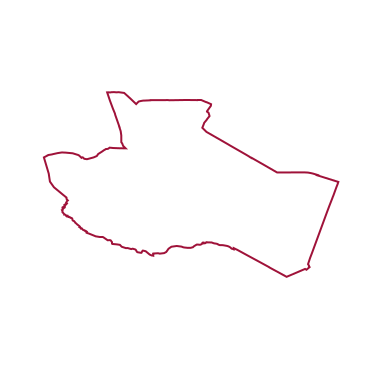 Jaunbērzes pag., Dobele, Latvia, rotated 37°
{"feature_id": "27541924B28590745616042", "entity_name": "Jaunbērzes pag.", "entity_type": "district", "adm_level": 2, "iso_a3": "LVA", "parent_name": "Latvia", "parent_adm1": "Dobele", "projection": "robinson", "projection_center": [23.387, 56.756], "detail": "fine", "context": "isolated", "style": "outline", "palette": "rose", "viewbox_px": 384, "rotation_deg": 37, "n_neighbors": 0, "source": "geoboundaries", "source_scale": "gbopen_adm2", "svg_char_len": 5416}
<svg xmlns="http://www.w3.org/2000/svg" viewBox="0 0 384 384"><g transform="rotate(37 192 192)"><path d="M52.9,253.5L66.6,263.6L67.9,264.9L68.0,265.0L72.3,269.2L76.4,270.5L78.9,271.3L90.0,271.8L95.1,272.0L95.9,273.0L97.9,273.5L97.7,274.0L97.6,274.4L97.6,274.8L97.9,275.4L97.9,275.9L97.9,276.3L98.1,276.4L98.3,276.3L98.5,276.3L98.6,276.5L98.8,276.5L98.7,276.8L98.8,276.9L99.0,276.9L99.0,277.0L98.8,277.3L98.9,277.6L98.8,277.9L98.8,278.0L98.4,278.1L98.5,278.5L98.4,278.6L98.1,278.7L98.1,278.8L98.3,278.9L98.3,279.0L98.1,279.2L98.3,279.3L98.6,279.3L98.7,279.5L98.6,279.9L98.8,279.9L98.8,280.1L99.2,280.2L99.4,280.4L99.4,280.5L99.6,280.8L99.6,281.1L99.3,281.2L99.2,281.3L99.3,281.5L99.2,281.7L99.2,281.8L98.4,281.7L98.2,281.7L98.1,281.8L98.3,282.0L98.1,282.3L98.3,282.4L98.5,282.3L98.9,282.4L99.1,282.5L99.1,282.9L98.8,283.4L98.8,283.5L99.0,283.6L99.3,283.8L99.4,284.0L99.5,284.2L99.4,284.3L99.5,284.5L99.4,284.7L99.3,284.8L100.1,285.2L100.2,285.3L100.4,285.8L100.7,286.1L100.9,286.2L101.1,286.2L101.8,286.2L102.6,286.5L103.0,286.5L103.5,286.9L103.7,286.6L103.8,286.5L104.0,286.5L104.5,286.5L104.9,286.4L105.2,286.5L105.5,286.7L105.7,286.8L106.0,286.8L105.9,286.6L106.2,286.3L106.5,286.2L106.7,285.9L106.9,285.8L107.0,285.9L107.0,286.1L107.2,286.3L107.4,286.3L107.6,286.3L107.9,286.1L108.1,286.1L108.3,286.2L108.4,286.3L108.6,286.2L108.4,286.0L108.5,285.9L108.8,285.8L109.3,285.9L109.5,285.8L109.7,285.6L109.8,285.6L110.2,285.7L110.6,285.6L110.9,285.6L111.2,285.3L111.7,285.2L111.9,285.2L112.5,285.4L112.9,285.8L113.6,286.4L113.9,286.5L114.6,286.4L115.4,286.2L115.7,286.3L116.6,286.5L117.3,286.8L118.4,286.8L119.8,287.0L120.6,287.0L121.6,287.0L122.2,287.0L122.8,287.1L123.3,287.1L123.8,287.3L124.0,287.5L123.8,287.8L124.1,287.8L124.6,287.7L125.1,287.8L125.2,288.0L125.3,288.1L125.5,288.0L125.5,287.9L125.7,287.7L125.8,287.4L126.1,287.4L126.7,287.6L127.0,287.6L127.5,287.8L128.0,287.8L128.5,287.7L128.8,287.4L129.2,287.3L129.4,287.3L129.9,287.2L129.9,287.3L130.1,287.3L130.2,287.5L130.4,287.5L131.1,287.3L131.4,287.2L131.5,287.0L132.0,287.0L132.1,287.6L132.0,287.8L132.2,288.0L132.5,287.9L132.9,287.9L134.1,287.4L140.8,285.6L141.3,285.5L141.7,285.4L145.5,283.4L147.6,281.8L147.7,281.7L148.0,281.6L148.6,281.5L153.7,281.3L155.2,280.0L156.0,279.6L156.4,279.6L158.1,280.2L158.3,280.2L159.2,281.4L159.7,281.4L163.6,279.0L166.2,277.6L168.7,278.0L168.9,278.0L169.2,277.9L173.0,276.6L174.3,275.5L177.2,274.4L177.7,274.2L177.9,274.1L178.6,273.1L178.9,272.9L180.0,272.5L181.0,272.1L181.8,272.0L182.7,272.3L183.6,272.8L184.0,272.9L184.3,272.9L184.6,272.9L184.9,272.8L188.0,271.2L188.2,270.9L188.1,270.4L187.9,269.1L187.9,268.5L188.1,268.3L190.6,267.2L191.0,267.2L195.2,267.4L196.1,267.4L198.1,266.9L198.3,266.7L199.4,266.2L198.1,264.7L198.6,264.3L198.5,264.1L201.8,261.3L203.4,260.6L203.8,260.2L206.5,257.6L207.4,255.7L207.5,255.5L207.5,253.9L207.4,251.6L207.6,250.8L208.5,248.1L212.1,244.5L212.3,244.3L216.0,242.2L216.8,241.8L217.5,241.7L218.0,241.5L219.0,241.1L220.5,240.2L222.5,239.0L223.0,238.5L223.6,238.1L224.3,237.6L225.0,236.8L225.9,235.6L226.0,235.5L226.2,234.2L226.3,233.9L227.4,231.2L227.7,231.0L228.2,230.5L229.1,230.0L229.9,229.5L230.6,228.8L230.8,228.3L231.2,227.3L231.4,226.9L231.0,226.6L230.9,226.4L231.0,226.0L231.7,225.4L231.8,225.5L231.9,225.4L232.6,225.7L232.8,225.4L233.2,225.1L233.6,224.6L233.6,224.4L233.6,223.6L234.1,223.1L234.8,222.9L235.3,222.5L238.0,220.5L240.1,219.9L240.5,219.7L241.2,219.4L242.0,218.9L242.7,218.6L243.3,218.3L244.4,218.1L244.6,218.2L245.9,217.8L246.5,217.5L248.2,216.2L249.2,215.6L252.4,214.0L253.8,213.5L254.9,213.3L256.1,213.2L256.8,213.3L257.5,213.4L258.1,213.3L258.6,213.0L258.9,212.9L259.8,212.7L259.1,211.7L262.3,211.1L262.6,211.0L273.5,209.4L287.4,207.3L298.9,205.6L299.0,205.7L318.6,202.8L328.6,185.4L330.2,185.2L331.1,181.2L330.8,181.1L330.6,181.1L330.2,181.0L330.0,180.9L329.8,180.6L329.7,180.4L328.1,179.8L326.0,173.6L324.6,168.7L311.8,126.4L310.0,120.3L307.7,112.1L307.6,111.9L307.0,109.6L305.3,104.1L304.7,102.1L304.5,101.5L303.6,98.2L302.8,95.9L282.0,103.3L282.1,102.8L277.5,104.5L275.7,105.3L274.5,105.9L273.1,106.6L272.3,107.1L271.3,107.8L270.1,108.6L248.2,125.2L222.6,128.4L220.1,128.7L220.2,128.8L219.7,129.0L217.0,129.3L216.9,129.2L212.4,129.7L193.3,132.1L193.0,132.1L167.4,135.3L161.6,134.5L160.7,131.2L160.1,129.3L160.3,125.7L160.2,124.8L160.3,120.8L159.7,120.3L157.4,118.7L155.6,118.8L155.5,118.7L155.4,118.6L155.3,115.9L155.2,111.8L154.4,110.4L149.5,111.5L149.3,111.7L144.0,113.0L141.1,115.2L141.1,115.3L132.0,122.0L119.4,131.8L118.9,132.2L117.1,133.3L116.9,133.5L113.8,135.9L103.8,143.4L103.9,143.5L103.5,143.9L100.1,146.7L97.9,148.5L96.3,150.2L95.0,151.8L94.9,152.2L94.5,155.4L86.9,154.5L78.2,153.7L73.4,156.4L71.5,158.0L69.7,159.1L67.6,160.8L66.9,161.6L65.0,162.9L64.3,163.5L71.3,168.3L78.8,173.1L83.2,175.7L83.7,176.1L84.1,176.5L94.9,183.7L94.8,183.8L98.4,186.3L101.5,189.4L105.6,194.8L106.6,195.1L107.0,195.2L109.2,196.6L112.7,197.1L107.2,201.1L102.6,204.3L100.6,205.5L99.8,206.0L99.5,206.2L99.2,207.4L98.9,208.1L98.6,208.4L98.1,208.9L97.3,209.6L96.9,210.9L96.6,211.4L95.8,213.9L94.3,217.9L94.2,218.5L94.2,218.9L94.3,219.2L94.3,220.3L94.3,220.6L92.6,223.6L88.4,229.0L86.0,230.3L83.9,230.1L83.4,230.4L83.2,230.7L83.1,231.2L79.9,230.8L78.6,231.0L77.6,231.4L73.4,232.9L67.4,236.6L64.9,238.3L64.0,239.0L61.2,241.9L60.0,243.3L58.2,245.4L57.6,246.2L55.7,248.2L55.0,248.9L54.9,249.1L55.0,249.1L52.9,253.5Z" fill="none" stroke="#9f1239" stroke-width="2"/></g></svg>